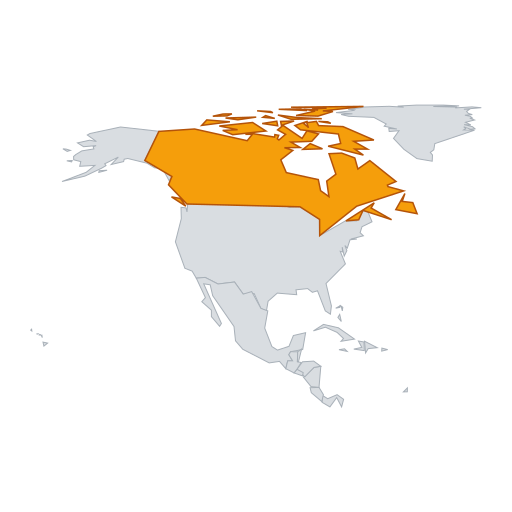 Canada highlighted on a map of North America
{"feature_id": "CAN", "entity_name": "Canada", "entity_type": "country or territory", "adm_level": 0, "iso_a3": "CAN", "parent_name": "North America", "parent_adm1": "", "projection": "equal_earth", "projection_center": [-89.555, 62.395], "detail": "medium", "context": "in_parent", "style": "filled", "palette": "amber", "viewbox_px": 512, "rotation_deg": 0, "n_neighbors": 17, "source": "natural_earth", "source_scale": "50m", "svg_char_len": 6659}
<svg xmlns="http://www.w3.org/2000/svg" viewBox="0 0 512 512"><path d="M187.7,203.9L279.0,202.3L289.3,207.5L300.0,206.8L319.6,219.4L319.7,235.6L345.4,220.9L356.7,220.9L363.1,210.4L368.0,212.0L372.0,221.8L362.0,226.7L360.1,232.7L363.4,235.8L350.8,239.0L356.9,239.0L350.0,239.8L347.3,248.1L344.9,245.5L346.9,250.6L344.2,256.1L342.2,247.1L342.6,252.0L340.2,251.3L345.4,263.9L326.0,283.5L331.4,305.9L330.4,314.2L325.3,310.9L317.5,290.8L312.4,292.3L307.6,288.6L296.0,289.8L296.7,294.7L277.3,293.1L268.1,301.2L266.4,311.1L260.9,308.4L254.2,293.6L243.2,294.1L234.5,282.0L218.0,284.0L205.1,277.4L196.3,278.2L192.1,271.1L184.9,268.3L175.4,241.8L181.3,218.7L181.0,207.3L186.0,207.9L187.0,211.9L187.7,203.9ZM159.0,131.3L144.8,160.5L153.3,165.4L160.4,162.3L172.0,176.4L169.1,180.6L162.3,168.2L154.8,167.9L147.0,163.2L127.8,158.5L124.2,159.2L123.6,161.6L111.2,164.5L118.3,157.1L104.7,163.8L106.0,165.6L101.8,168.1L84.9,176.1L62.0,181.5L86.2,172.3L94.9,165.4L79.7,166.3L80.8,161.6L73.7,159.8L73.6,156.4L76.0,154.4L81.8,150.9L93.9,148.9L93.2,146.8L96.1,145.6L83.6,146.7L77.5,142.9L89.6,140.2L96.4,141.5L87.3,135.0L90.0,133.5L120.5,127.0L159.0,131.3ZM62.9,148.8L66.2,149.1L70.4,150.4L67.2,151.4L62.9,148.8ZM43.0,342.1L47.6,343.1L43.9,346.1L43.0,342.1ZM41.9,335.4L42.3,337.6L41.5,335.8L41.9,335.4ZM39.7,334.4L41.3,335.1L39.3,335.0L39.7,334.4ZM36.4,333.9L38.2,333.8L38.0,334.1L36.4,333.9ZM31.6,329.2L31.8,331.0L30.7,330.1L31.6,329.2ZM66.8,160.8L72.2,160.5L71.6,161.9L66.8,160.8ZM99.2,170.7L107.1,170.2L98.8,172.4L99.2,170.7Z" fill="#d9dde1" stroke="#a8b0b8" stroke-width="1"/><path d="M364.0,342.0L364.3,350.6L353.8,349.1L361.8,347.4L358.4,341.0L364.0,342.0Z" fill="#d9dde1" stroke="#a8b0b8" stroke-width="1"/><path d="M365.6,352.9L364.5,341.2L377.2,347.7L368.2,348.6L365.6,352.9Z" fill="#d9dde1" stroke="#a8b0b8" stroke-width="1"/><path d="M335.7,308.2L339.6,306.1L339.7,307.4L335.7,308.2ZM339.8,305.1L342.8,307.3L342.3,310.9L341.5,307.6L339.8,305.1ZM337.9,317.4L339.7,314.4L341.3,321.5L337.9,317.4Z" fill="#d9dde1" stroke="#a8b0b8" stroke-width="1"/><path d="M397.7,106.1L416.4,105.1L443.6,105.1L459.1,105.9L433.3,106.5L457.2,107.1L455.2,107.9L472.0,106.9L481.3,107.7L463.9,109.2L469.5,109.3L466.6,111.4L468.3,113.4L472.3,114.6L464.9,115.2L470.3,116.3L472.3,118.0L469.8,118.2L474.5,120.0L465.5,122.3L470.8,124.9L464.1,124.6L472.5,126.7L475.0,128.8L470.7,129.3L463.7,126.8L465.8,128.5L463.6,129.9L474.5,130.2L434.8,143.6L433.8,149.8L430.3,152.4L432.5,155.0L432.2,161.2L416.9,158.6L403.9,149.3L393.5,138.4L399.0,130.7L389.2,131.5L388.8,128.4L396.9,129.0L384.2,126.2L386.2,124.0L373.9,117.4L348.7,116.3L341.1,114.5L352.4,113.8L336.0,112.6L354.0,110.4L354.8,109.8L348.1,109.3L361.5,107.6L360.3,107.1L389.2,106.3L403.7,107.2L397.7,106.1Z" fill="#d9dde1" stroke="#a8b0b8" stroke-width="1"/><path d="M196.3,278.2L205.1,277.4L218.0,284.0L234.5,282.0L243.2,294.1L251.7,291.6L260.9,308.4L267.8,310.9L264.7,328.1L271.9,346.6L277.5,350.1L289.0,346.3L293.4,335.5L305.6,332.7L302.7,349.5L290.6,351.7L288.8,354.7L292.6,360.8L287.7,360.8L285.8,368.7L279.5,361.4L269.2,362.9L242.8,349.3L235.5,340.8L234.0,326.5L212.7,295.7L210.2,284.8L203.7,283.8L221.4,323.5L219.6,326.3L211.4,316.6L211.4,310.2L201.8,301.7L205.4,297.6L196.3,278.2Z" fill="#d9dde1" stroke="#a8b0b8" stroke-width="1"/><path d="M343.6,399.3L341.6,406.9L336.7,397.6L329.9,406.9L322.2,402.4L321.9,395.1L327.7,398.7L337.1,394.7L343.6,399.3Z" fill="#d9dde1" stroke="#a8b0b8" stroke-width="1"/><path d="M323.4,394.6L321.8,401.6L311.3,392.7L310.1,387.7L319.0,387.4L323.4,394.6Z" fill="#d9dde1" stroke="#a8b0b8" stroke-width="1"/><path d="M319.0,387.4L311.0,386.6L303.4,377.1L314.0,367.4L320.8,366.3L319.0,387.4Z" fill="#d9dde1" stroke="#a8b0b8" stroke-width="1"/><path d="M320.8,366.3L314.0,367.4L304.8,376.8L296.9,369.3L302.5,361.8L313.7,361.1L320.8,366.3Z" fill="#d9dde1" stroke="#a8b0b8" stroke-width="1"/><path d="M296.9,369.3L303.2,372.6L302.5,375.9L294.0,372.9L296.9,369.3Z" fill="#d9dde1" stroke="#a8b0b8" stroke-width="1"/><path d="M285.8,368.7L287.7,360.8L292.6,360.8L288.8,354.7L290.6,351.7L297.7,351.8L297.4,361.7L301.2,362.5L296.9,369.3L294.0,372.9L285.8,368.7Z" fill="#d9dde1" stroke="#a8b0b8" stroke-width="1"/><path d="M297.7,351.8L301.6,349.0L298.5,361.7L297.4,361.7L297.7,351.8Z" fill="#d9dde1" stroke="#a8b0b8" stroke-width="1"/><path d="M381.9,348.1L387.7,349.6L381.7,351.1L381.9,348.1Z" fill="#d9dde1" stroke="#a8b0b8" stroke-width="1"/><path d="M339.0,349.7L344.5,348.8L347.2,351.4L339.0,349.7Z" fill="#d9dde1" stroke="#a8b0b8" stroke-width="1"/><path d="M323.5,324.4L338.4,327.8L354.5,339.1L341.0,341.3L343.5,338.5L337.1,332.4L325.4,327.2L313.4,330.9L323.5,324.4Z" fill="#d9dde1" stroke="#a8b0b8" stroke-width="1"/><path d="M403.4,391.9L407.4,387.9L407.3,391.8L403.4,391.9Z" fill="#d9dde1" stroke="#a8b0b8" stroke-width="1"/><path d="M171.9,176.5L144.8,160.5L158.9,131.4L194.6,129.0L247.2,140.7L252.4,134.3L245.4,134.3L251.5,133.4L274.6,137.1L274.9,134.6L278.7,135.3L277.3,138.8L278.9,140.0L285.6,134.3L277.6,129.9L283.0,125.4L302.1,138.4L306.9,130.9L318.5,133.9L311.8,141.3L290.9,142.1L300.2,147.5L284.4,147.7L292.8,150.4L280.8,159.8L286.3,172.6L318.3,179.6L320.6,190.7L328.9,196.6L326.7,181.1L335.9,174.2L329.0,153.7L341.7,153.1L354.8,158.0L357.9,169.0L369.8,160.6L396.0,181.5L387.4,185.1L387.9,186.6L403.6,190.9L356.7,206.2L319.7,235.6L319.6,219.4L300.0,206.8L186.9,204.0L168.5,184.8L171.9,176.5ZM308.0,127.0L308.5,127.8L306.7,122.7L316.4,121.4L318.6,125.6L343.0,126.6L373.9,140.0L353.7,141.3L367.5,149.1L354.8,149.1L363.4,155.1L328.1,146.2L340.7,143.5L338.4,134.0L300.5,129.8L294.9,125.5L307.7,121.2L303.6,123.5L308.0,127.0ZM291.0,107.2L363.5,106.4L322.8,110.9L333.0,111.5L318.0,116.1L296.1,115.5L315.1,111.1L303.5,109.1L318.1,110.1L311.9,109.0L326.6,108.2L322.1,108.1L326.4,107.5L291.0,107.2ZM219.3,126.0L252.6,122.5L265.9,131.0L232.7,134.7L222.7,130.4L237.6,129.7L219.3,126.0ZM391.6,219.7L363.0,210.4L358.7,219.8L345.9,220.9L374.2,202.8L371.1,208.0L391.6,219.7ZM206.8,119.9L229.9,121.8L201.7,125.4L206.8,119.9ZM278.7,109.3L300.6,108.9L307.1,110.6L278.7,109.3ZM277.9,115.0L297.7,117.6L321.8,118.7L291.2,119.3L277.9,115.0ZM225.5,118.0L256.2,117.1L237.8,119.8L225.5,118.0ZM404.9,193.5L402.2,201.4L412.8,202.6L417.1,213.7L395.8,209.6L404.9,193.5ZM262.2,123.5L276.8,121.2L277.7,125.8L262.2,123.5ZM302.9,149.4L310.2,143.6L322.5,148.8L302.9,149.4ZM280.6,121.4L294.1,121.0L281.4,125.3L280.6,121.4ZM231.9,113.9L227.1,115.9L212.8,116.2L223.1,114.0L231.9,113.9ZM265.6,115.6L274.8,118.4L262.9,117.3L265.6,115.6ZM257.1,110.8L270.6,111.5L272.9,112.7L257.1,110.8ZM171.5,196.9L180.4,198.5L185.8,206.2L171.5,196.9ZM318.4,121.4L327.8,121.8L330.8,123.3L318.4,121.4Z" fill="#f59e0b" stroke="#b45309" stroke-width="1.5"/></svg>